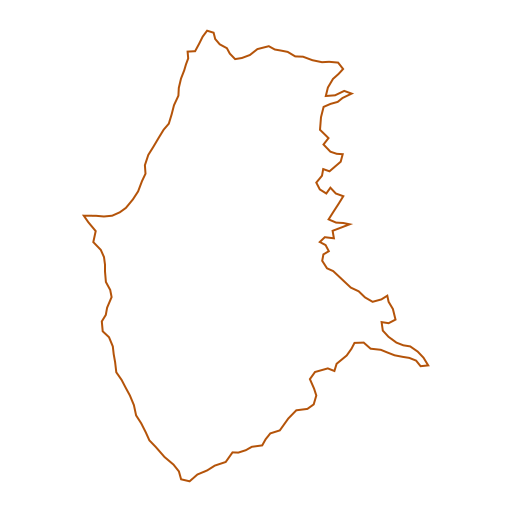 the district of Pardinho, São Paulo, Brazil
{"feature_id": "56859067B89234648991539", "entity_name": "Pardinho", "entity_type": "district", "adm_level": 2, "iso_a3": "BRA", "parent_name": "Brazil", "parent_adm1": "São Paulo", "projection": "orthographic", "projection_center": [-48.387, -23.1], "detail": "fine", "context": "isolated", "style": "outline", "palette": "amber", "viewbox_px": 512, "rotation_deg": 0, "n_neighbors": 0, "source": "geoboundaries", "source_scale": "gbopen_adm2", "svg_char_len": 2266}
<svg xmlns="http://www.w3.org/2000/svg" viewBox="0 0 512 512"><path d="M338.1,62.6L329.1,61.8L322.0,62.2L312.4,60.2L303.0,56.7L295.2,56.4L287.7,51.9L281.1,50.6L274.8,49.5L268.8,46.2L257.4,49.1L249.9,55.0L241.9,58.0L235.1,59.1L229.8,53.6L226.9,48.2L219.7,44.3L215.2,39.0L213.6,32.7L207.1,30.7L202.7,36.6L199.1,43.8L195.1,51.2L187.6,51.6L188.2,58.4L186.0,64.3L184.2,70.4L181.0,78.6L178.8,87.9L178.4,95.7L174.0,105.2L171.6,114.5L168.8,123.7L163.7,129.6L158.7,137.8L153.3,146.9L148.3,154.9L144.9,165.2L145.5,173.7L142.0,181.1L138.1,191.4L132.9,199.4L125.9,207.9L119.8,212.3L112.2,215.7L103.9,216.5L96.1,215.8L83.8,215.7L88.3,222.2L95.7,231.1L93.3,242.1L100.8,249.9L104.0,257.1L105.0,264.6L105.0,271.5L105.9,282.0L110.2,289.9L111.6,297.1L107.1,307.7L105.8,314.9L101.8,321.4L102.7,331.3L109.0,337.2L112.8,346.4L113.7,354.2L115.1,362.1L116.3,372.3L121.6,379.9L125.5,387.4L129.9,395.5L133.9,405.1L136.1,415.4L141.2,423.3L145.8,432.4L149.4,440.4L155.6,446.8L164.5,457.0L173.5,464.6L178.9,471.4L181.1,479.3L189.6,481.3L197.4,474.5L207.2,470.4L214.8,465.6L225.7,462.0L232.5,452.4L238.3,452.6L245.8,450.2L251.8,446.8L262.2,445.4L265.6,439.3L270.3,433.4L279.8,430.4L288.3,418.5L296.3,410.3L307.4,408.9L313.7,404.4L316.3,395.5L314.1,388.7L309.9,379.1L315.0,372.0L327.8,368.4L334.4,371.0L336.6,363.8L346.7,355.5L351.5,348.7L354.5,342.9L363.7,342.6L370.6,348.7L380.8,349.8L387.4,352.5L394.6,355.3L402.9,356.9L409.3,357.9L416.1,360.6L420.6,366.2L428.2,365.4L423.5,357.7L417.7,351.6L410.2,346.4L403.3,345.3L396.4,342.6L388.5,336.8L382.8,330.6L381.6,322.1L388.6,323.2L395.5,319.6L392.9,309.0L388.6,301.8L387.3,295.7L381.4,299.4L372.6,301.8L365.0,297.4L358.7,291.3L350.8,287.6L344.5,281.7L333.2,271.1L327.0,268.3L322.2,260.8L323.4,254.4L328.8,251.2L325.6,245.1L319.8,242.0L324.8,237.2L333.9,238.3L332.6,230.8L349.6,224.3L343.3,223.0L336.1,222.6L328.6,219.4L333.6,211.5L338.6,203.8L343.3,196.2L335.8,193.5L330.4,187.7L326.3,193.5L319.8,189.4L316.3,182.6L322.0,175.7L323.2,169.1L329.5,171.3L340.7,161.7L342.7,154.2L336.7,153.8L330.4,151.7L323.5,144.5L328.5,138.1L320.0,129.8L321.0,117.2L323.6,106.9L330.5,103.9L337.7,101.9L342.5,98.0L351.6,93.6L344.2,90.9L335.1,95.3L325.8,96.0L327.9,87.5L333.0,78.9L338.6,73.9L343.1,69.0L338.1,62.6Z" fill="none" stroke="#b45309" stroke-width="2"/></svg>